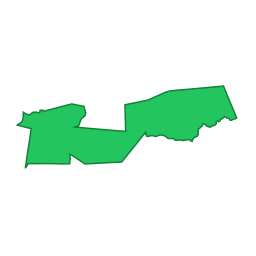 Brasileira, Piauí, Brazil (Albers equal-area conic projection), rotated 351°
{"feature_id": "56859067B5638694885795", "entity_name": "Brasileira", "entity_type": "district", "adm_level": 2, "iso_a3": "BRA", "parent_name": "Brazil", "parent_adm1": "Piauí", "projection": "albers", "projection_center": [-41.604, -4.127], "detail": "fine", "context": "isolated", "style": "filled", "palette": "green", "viewbox_px": 256, "rotation_deg": 351, "n_neighbors": 0, "source": "geoboundaries", "source_scale": "gbopen_adm2", "svg_char_len": 2097}
<svg xmlns="http://www.w3.org/2000/svg" viewBox="0 0 256 256"><g transform="rotate(351 128 128)"><path d="M23.8,147.6L40.0,150.1L53.5,152.4L55.2,152.8L56.7,153.0L64.8,154.3L65.0,153.3L65.4,152.1L65.3,151.0L66.3,149.8L66.1,147.6L66.4,145.9L66.2,144.8L69.0,146.8L69.9,147.6L70.8,148.4L79.9,156.8L99.6,158.8L105.5,159.4L116.5,160.6L144.8,134.9L145.0,135.9L144.4,136.8L145.0,137.9L145.3,139.2L146.9,139.5L148.2,139.3L149.6,139.2L150.6,139.3L151.8,139.6L153.2,140.5L154.6,140.7L155.7,140.6L157.1,140.0L158.9,139.9L160.5,140.5L162.2,140.9L163.2,142.0L164.2,142.3L164.8,143.2L165.3,144.2L166.9,144.8L168.3,145.1L169.4,145.2L170.5,145.4L171.5,145.9L172.1,146.8L172.9,147.4L174.1,147.6L175.1,147.9L176.6,147.9L178.2,148.0L179.3,148.7L180.5,149.0L182.0,149.0L183.4,148.8L184.4,149.1L185.4,149.0L186.6,148.9L187.6,149.9L188.3,150.9L189.4,151.2L189.9,149.8L190.9,148.7L191.9,148.0L193.5,147.2L195.1,147.0L195.7,146.0L196.5,145.1L196.6,144.1L196.4,142.8L197.3,141.2L197.5,139.8L199.1,139.3L200.2,138.4L201.3,137.8L202.3,136.4L203.3,135.7L204.6,136.4L205.7,137.8L206.5,138.9L207.5,139.0L208.4,139.7L209.4,140.1L210.8,139.4L212.3,138.9L213.7,139.0L215.1,138.2L215.9,137.3L216.0,136.1L217.0,135.1L218.1,134.9L218.6,136.0L219.9,135.6L220.3,134.2L221.3,133.7L222.5,133.7L223.2,132.9L224.4,132.6L225.1,131.7L226.3,132.5L227.4,133.8L229.1,134.1L229.8,135.3L230.1,136.3L231.7,136.5L233.1,135.9L234.7,135.7L235.9,135.6L236.9,135.0L229.6,104.9L228.9,101.5L176.7,98.0L175.6,98.0L171.2,98.4L151.6,103.6L128.6,104.6L125.4,129.2L125.2,131.0L109.9,127.3L85.2,121.2L84.2,120.9L75.4,118.6L76.4,118.2L77.9,118.7L79.1,118.3L80.0,117.5L80.8,116.0L81.9,114.1L82.8,112.4L83.7,111.3L85.5,110.3L87.2,109.4L88.1,107.9L88.6,106.4L88.2,103.7L87.9,99.8L76.2,95.4L46.8,98.3L46.7,97.1L45.4,96.8L43.9,96.8L43.6,98.5L42.7,98.8L41.2,98.8L39.9,97.9L38.2,97.9L37.1,97.5L35.8,97.9L34.8,98.6L34.0,99.3L32.9,99.4L31.6,99.2L30.1,98.6L28.7,97.5L27.9,96.8L27.0,96.0L26.2,101.3L24.3,105.2L19.1,107.8L27.1,111.3L32.3,113.5L31.7,115.4L28.6,125.3L25.8,134.1L25.3,135.5L20.3,151.7L23.8,147.6Z" fill="#22c55e" stroke="#15803d" stroke-width="1.5"/></g></svg>